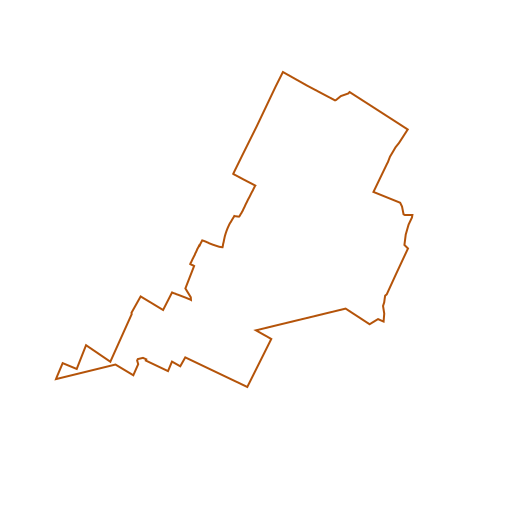 the district of Chikindzonot, Yucatán, Mexico, rotated 21°
{"feature_id": "50627088B66284744299832", "entity_name": "Chikindzonot", "entity_type": "district", "adm_level": 2, "iso_a3": "MEX", "parent_name": "Mexico", "parent_adm1": "Yucatán", "projection": "robinson", "projection_center": [-88.567, 20.253], "detail": "fine", "context": "isolated", "style": "outline", "palette": "amber", "viewbox_px": 512, "rotation_deg": 21, "n_neighbors": 0, "source": "geoboundaries", "source_scale": "gbopen_adm2", "svg_char_len": 2950}
<svg xmlns="http://www.w3.org/2000/svg" viewBox="0 0 512 512"><g transform="rotate(21 256 256)"><path d="M392.5,257.1L392.3,253.4L391.3,249.2L390.8,246.7L391.8,245.0L393.2,222.8L394.4,205.6L395.2,194.5L390.6,192.5L388.1,182.3L387.4,174.4L387.2,171.9L387.8,164.2L387.3,161.7L380.3,164.4L378.8,164.2L374.6,157.5L371.5,154.6L342.7,154.1L345.3,122.6L345.5,121.3L345.5,115.2L346.4,110.0L347.3,104.5L349.0,99.2L352.3,83.5L327.4,78.3L284.6,69.4L283.9,71.2L277.9,76.3L274.8,81.7L274.0,82.4L242.4,78.6L215.2,74.6L213.6,90.8L210.2,134.6L207.1,167.1L206.9,169.4L205.6,183.7L205.3,187.4L205.3,187.5L205.7,187.6L206.1,187.7L206.4,187.7L207.1,187.8L217.6,189.1L217.8,189.1L219.6,189.3L220.3,189.4L222.1,189.6L222.5,189.6L223.0,189.7L225.0,189.9L225.9,190.0L227.5,190.2L229.3,190.4L230.1,190.5L229.9,191.3L229.9,192.0L229.7,193.7L229.6,194.8L229.6,195.5L229.5,196.3L229.3,197.4L229.2,198.4L229.1,199.2L229.0,200.5L228.8,202.6L228.7,203.6L228.5,204.9L228.3,206.5L228.1,209.2L228.0,209.9L227.9,210.9L227.8,212.0L227.7,214.4L227.6,215.1L227.5,216.2L227.4,217.3L227.4,218.5L227.2,219.2L227.0,221.1L226.7,222.3L226.4,224.4L226.3,224.7L226.1,225.3L225.6,225.5L223.9,225.9L222.7,226.2L222.0,226.4L221.4,226.4L221.3,227.4L220.9,229.4L220.6,231.1L220.3,233.2L220.1,233.9L219.9,234.9L219.8,235.8L219.7,236.8L219.7,237.3L219.6,238.5L219.5,240.7L219.5,241.0L219.5,241.3L219.5,243.2L219.6,245.9L219.7,246.9L219.7,247.2L219.8,248.4L219.9,249.2L220.0,249.9L220.2,251.1L220.4,252.5L220.8,254.7L220.8,254.9L220.9,255.7L221.0,256.6L221.3,257.9L221.5,259.1L221.6,259.8L220.2,260.2L219.9,260.2L218.7,260.5L217.9,260.6L217.7,260.6L216.0,260.7L215.7,260.7L214.2,260.8L213.4,260.8L212.0,260.9L210.8,260.9L209.6,260.9L209.3,260.9L207.8,260.9L207.0,260.8L206.3,260.7L205.2,260.7L204.1,260.6L203.0,260.6L202.3,260.6L201.9,260.6L200.2,260.7L200.1,261.5L200.0,262.4L199.9,263.2L199.7,264.5L199.7,265.8L199.6,266.6L199.2,266.5L199.1,267.3L199.1,267.9L198.9,269.3L198.7,270.6L198.7,271.2L198.7,272.4L198.6,273.0L198.6,274.1L198.5,274.5L198.4,275.3L198.4,276.4L198.4,277.3L198.2,278.5L198.1,279.9L197.9,281.5L197.8,283.2L197.7,284.9L197.5,285.9L197.5,286.5L197.5,287.1L198.1,287.2L198.9,287.3L200.6,287.3L201.8,287.5L201.7,311.6L209.9,317.9L211.0,320.3L210.3,320.2L209.4,320.2L208.4,320.2L205.8,320.1L204.7,320.1L203.1,320.1L201.9,320.1L201.5,320.1L200.3,320.1L198.9,320.1L197.4,320.1L195.2,320.2L194.4,320.1L194.0,320.1L192.6,320.2L191.7,320.2L191.0,320.1L190.7,320.1L188.6,339.7L162.8,335.1L160.1,353.6L160.8,354.9L159.7,374.4L159.7,374.5L157.9,406.7L157.9,406.9L129.3,400.2L129.1,425.7L113.9,425.3L113.4,440.2L113.4,442.6L163.7,407.7L184.2,411.3L184.2,411.2L184.8,399.2L182.5,396.2L182.6,394.6L187.0,391.6L190.6,391.8L190.6,393.1L215.1,395.0L215.4,384.7L224.8,386.1L226.3,376.0L294.8,381.4L298.3,345.5L300.0,328.0L292.8,326.9L292.5,326.9L282.6,325.4L297.5,315.1L358.5,273.0L386.5,279.0L392.5,271.2L398.6,271.5L396.4,263.9L392.5,257.1Z" fill="none" stroke="#b45309" stroke-width="2"/></g></svg>